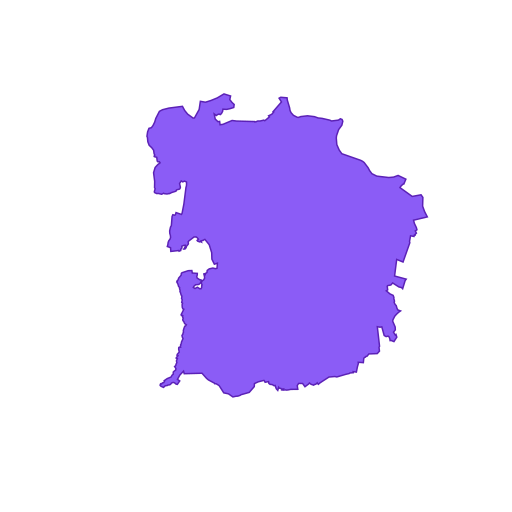 Uriu, Bistrita-Nasaud, Romania (Albers equal-area conic projection), rotated 215°
{"feature_id": "2599482B41912909280800", "entity_name": "Uriu", "entity_type": "district", "adm_level": 2, "iso_a3": "ROU", "parent_name": "Romania", "parent_adm1": "Bistrita-Nasaud", "projection": "albers", "projection_center": [24.088, 47.22], "detail": "fine", "context": "isolated", "style": "filled", "palette": "violet", "viewbox_px": 512, "rotation_deg": 215, "n_neighbors": 0, "source": "geoboundaries", "source_scale": "gbopen_adm2", "svg_char_len": 6151}
<svg xmlns="http://www.w3.org/2000/svg" viewBox="0 0 512 512"><g transform="rotate(215 256 256)"><path d="M327.6,398.5L323.5,396.8L324.8,384.0L324.1,384.0L324.4,381.1L326.1,378.1L324.8,377.7L326.3,372.1L326.7,371.7L327.5,371.8L330.1,368.9L332.0,367.6L333.1,365.8L334.0,365.1L334.3,365.3L349.3,355.4L353.3,353.3L358.6,344.9L360.7,342.9L363.0,345.4L364.2,344.2L368.0,344.8L371.7,348.4L369.1,348.3L368.5,350.0L367.7,351.1L366.4,351.3L366.0,352.8L366.3,355.3L367.3,357.3L364.2,359.2L361.6,362.0L359.4,364.9L360.8,367.6L363.7,368.0L367.2,369.1L368.6,372.5L375.2,370.4L378.4,363.3L382.2,357.4L385.6,353.0L390.3,350.8L386.6,343.4L385.6,333.8L386.6,332.9L393.4,333.0L397.9,334.3L402.1,336.4L412.2,327.2L416.5,322.2L418.1,319.1L417.0,311.2L415.8,307.6L415.2,303.8L415.3,301.1L416.9,299.2L416.0,295.5L414.0,291.5L412.9,290.8L410.1,287.5L407.0,285.4L403.5,284.9L400.5,283.9L398.2,281.4L396.8,280.6L396.7,279.3L396.2,279.1L393.9,279.9L391.4,277.1L390.3,276.9L389.2,277.8L388.0,277.3L388.9,274.5L389.4,270.7L387.7,265.5L381.8,259.0L378.3,253.8L377.2,253.3L376.2,250.4L375.5,249.8L373.1,250.2L371.9,251.2L368.7,252.5L367.7,254.4L366.8,254.5L364.6,255.7L363.6,256.6L363.1,257.4L362.6,257.5L361.5,259.6L359.1,262.7L358.7,263.6L359.0,264.1L358.9,264.7L357.0,267.0L357.1,268.5L357.7,269.3L360.2,271.5L360.3,274.6L358.5,274.7L357.6,276.3L355.4,276.8L354.2,275.2L353.1,273.3L352.8,272.2L344.9,257.2L341.1,248.7L340.9,247.3L346.4,245.7L345.7,243.6L346.0,242.8L347.8,242.1L347.4,240.2L342.8,232.4L342.6,230.6L341.1,227.0L339.6,225.1L337.9,223.7L336.6,222.2L336.1,220.4L336.2,218.6L335.8,216.8L334.7,214.7L334.1,212.9L330.8,213.8L328.4,210.9L322.4,216.2L321.8,215.8L320.8,217.3L321.6,218.4L321.2,219.3L321.4,220.3L322.4,221.4L321.3,223.2L320.1,224.2L319.3,222.9L319.1,220.3L318.2,221.0L318.0,222.8L318.5,223.7L318.3,226.9L318.7,227.7L319.7,228.6L319.7,229.6L317.7,236.0L315.9,237.3L314.8,237.3L312.8,236.8L313.2,235.0L312.4,234.7L310.3,235.2L309.8,235.9L308.8,236.1L309.8,236.7L308.7,238.1L308.4,238.1L307.8,239.7L307.4,240.3L300.8,238.4L294.2,233.3L290.3,228.1L285.4,225.4L283.5,228.0L280.9,223.6L281.9,222.4L284.4,221.4L286.9,218.7L287.7,216.2L286.7,214.3L287.5,212.5L286.9,211.8L286.9,211.3L288.9,211.8L286.6,209.8L285.4,208.4L285.2,206.3L285.8,205.1L285.5,202.6L283.6,201.4L283.5,200.7L282.4,198.9L282.3,197.6L283.4,196.9L286.1,196.8L287.3,194.4L289.3,194.3L289.5,195.4L289.0,197.8L286.6,199.8L286.2,201.0L286.1,202.3L286.5,204.0L286.9,204.8L287.4,204.9L288.4,204.3L291.6,204.2L292.9,205.4L293.2,206.7L294.1,208.1L298.4,205.5L300.2,207.3L303.1,205.1L307.0,199.9L307.2,199.0L306.3,197.3L306.7,193.5L306.1,191.8L306.4,190.5L306.1,189.5L305.7,189.7L305.4,189.0L303.7,188.1L302.0,186.7L300.4,186.3L300.0,185.5L298.3,184.1L297.8,183.1L297.1,182.9L295.0,181.1L294.3,181.0L293.3,180.0L292.6,178.5L291.3,177.8L290.2,175.3L289.1,175.2L288.6,173.7L287.0,171.7L285.7,170.8L284.6,171.0L283.8,165.9L283.8,165.2L283.4,164.7L282.9,164.5L282.1,165.2L281.6,165.0L281.6,164.4L281.1,163.9L280.0,163.3L279.6,162.0L278.8,161.2L277.4,160.8L275.7,159.7L273.6,159.7L273.6,158.2L274.1,157.6L273.4,155.0L272.8,153.3L271.6,151.8L271.6,151.0L271.1,150.1L271.1,148.5L270.0,147.4L268.4,146.5L267.7,142.7L267.0,141.5L266.8,139.9L266.3,139.5L266.1,138.4L265.5,138.0L266.7,137.0L266.7,136.6L265.9,135.3L263.8,133.3L264.1,130.3L263.8,129.4L262.8,129.7L262.7,129.4L263.0,127.0L262.7,126.5L261.6,126.9L261.0,124.4L259.7,123.3L259.4,121.3L259.0,120.6L258.9,120.0L259.3,118.8L257.1,117.9L256.4,116.6L256.9,115.0L257.2,113.5L256.0,111.6L256.4,110.3L256.2,108.1L258.4,104.7L259.7,101.2L259.1,100.9L259.0,99.4L259.9,98.3L260.0,97.0L260.8,96.7L260.8,96.0L260.3,95.0L259.2,94.8L256.4,95.3L255.9,97.7L254.4,99.0L254.2,99.7L252.8,101.0L252.4,101.9L252.3,103.5L251.4,104.9L250.2,105.4L248.0,105.2L246.8,105.7L246.8,109.9L249.6,109.9L250.1,114.8L249.3,120.1L247.3,118.4L233.0,129.0L226.3,127.4L223.9,127.2L217.1,128.0L216.5,127.7L215.4,128.5L211.9,128.7L203.9,125.4L199.5,127.3L194.1,127.3L192.0,129.6L190.5,130.8L189.1,132.7L188.7,133.8L183.3,140.4L182.5,148.0L184.1,150.6L182.0,154.2L178.4,158.4L177.9,158.7L176.1,157.8L173.7,160.3L172.4,159.0L170.9,158.9L168.9,160.0L166.8,160.1L166.1,160.9L163.3,158.9L161.1,158.4L162.1,161.5L161.1,161.1L159.7,161.8L158.9,161.5L157.5,162.6L157.7,161.3L156.5,162.0L155.2,163.2L154.5,163.4L153.1,164.5L151.0,166.7L145.3,170.8L147.9,173.5L148.0,176.1L144.7,178.3L140.9,177.0L139.5,181.3L139.4,182.6L137.3,182.5L134.6,183.3L134.6,184.1L133.5,185.2L133.1,187.1L132.6,186.7L131.2,186.8L131.3,187.4L129.9,191.1L126.8,198.7L122.3,202.5L120.4,203.3L114.4,210.8L112.3,213.1L111.9,214.1L109.4,216.2L110.1,217.0L107.2,218.5L109.4,223.5L110.5,226.7L111.3,227.6L106.9,230.2L109.0,234.0L108.9,235.2L108.3,236.0L108.4,236.7L107.5,237.8L107.4,240.5L100.7,245.6L100.3,248.9L102.9,251.8L103.0,252.9L116.1,267.7L113.6,268.8L112.3,270.1L105.4,264.4L103.2,264.6L101.9,266.1L100.9,266.2L99.2,265.2L97.6,263.6L96.9,264.3L93.9,265.0L94.1,270.3L96.3,272.0L96.5,271.1L99.7,272.5L99.5,275.4L101.3,277.7L106.5,280.9L107.2,282.1L107.8,286.3L107.5,288.9L106.9,291.7L106.1,293.9L108.9,293.2L110.5,294.0L112.7,295.8L114.2,296.1L115.7,296.9L116.4,297.4L116.5,298.2L117.4,299.2L118.5,299.9L119.3,301.2L121.1,302.4L124.5,301.8L129.3,302.2L128.7,303.8L131.2,306.5L131.2,307.2L128.9,309.6L128.6,312.3L121.2,312.6L118.7,313.6L117.1,313.3L119.7,321.3L119.7,323.2L131.0,319.1L138.8,333.9L132.1,335.4L137.6,355.1L138.6,356.0L141.0,361.2L137.8,362.6L138.3,364.0L137.6,364.4L138.0,365.4L137.7,366.7L139.9,367.9L139.2,369.8L141.0,371.3L144.9,373.5L147.5,375.7L138.1,386.3L143.4,389.1L148.1,392.4L152.9,399.7L155.9,400.8L162.2,394.4L177.3,394.6L177.4,395.9L177.1,397.7L176.6,399.6L176.2,399.8L177.3,404.9L185.8,403.5L188.6,399.5L192.3,396.4L202.9,390.7L208.3,389.9L211.9,391.1L214.8,392.6L221.0,394.6L223.0,394.7L225.2,394.4L244.4,389.0L248.6,390.5L253.7,393.6L257.9,398.7L259.0,400.7L260.8,406.9L260.7,412.4L262.2,416.2L263.8,417.2L265.6,416.8L266.4,414.6L271.6,409.9L273.5,409.6L280.9,406.6L284.3,404.7L288.0,403.7L294.2,400.4L299.3,395.9L300.6,394.0L301.7,393.3L306.0,392.7L309.5,393.5L311.7,394.8L313.4,396.6L319.7,401.6L321.3,403.4L326.8,400.2L327.6,398.5Z" fill="#8b5cf6" stroke="#5b21b6" stroke-width="1.5"/></g></svg>